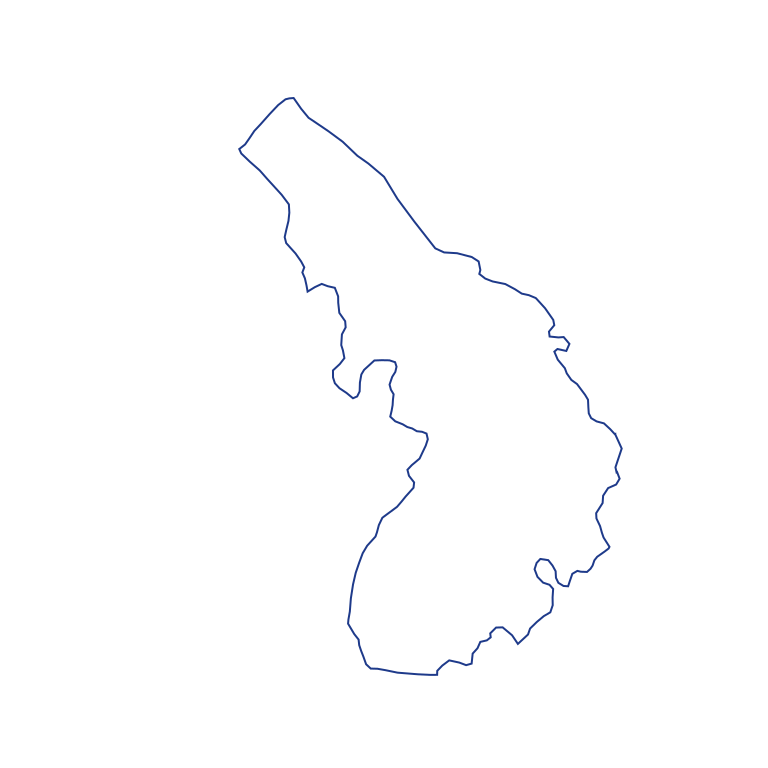 outline of Berg, Jämtland, Sweden, rotated 55°
{"feature_id": "70781695B75500523526502", "entity_name": "Berg", "entity_type": "district", "adm_level": 2, "iso_a3": "SWE", "parent_name": "Sweden", "parent_adm1": "Jämtland", "projection": "mercator", "projection_center": [13.824, 62.694], "detail": "fine", "context": "isolated", "style": "outline", "palette": "blue", "viewbox_px": 768, "rotation_deg": 55, "n_neighbors": 0, "source": "geoboundaries", "source_scale": "gbopen_adm2", "svg_char_len": 2943}
<svg xmlns="http://www.w3.org/2000/svg" viewBox="0 0 768 768"><g transform="rotate(55 384 384)"><path d="M97.9,294.0L95.7,297.8L94.3,301.4L94.8,310.7L97.3,322.9L100.4,335.9L102.3,345.0L105.6,353.5L108.1,360.4L108.5,367.8L113.3,368.7L124.9,366.4L137.8,363.3L149.4,362.0L170.3,359.3L182.3,358.9L189.4,363.3L195.6,368.7L201.4,375.3L206.7,381.1L212.5,383.3L226.3,381.6L236.1,381.6L242.7,382.4L245.8,386.9L252.1,388.2L258.7,390.9L264.5,393.6L265.0,385.1L266.3,377.6L271.6,374.0L277.0,369.1L285.9,371.3L291.2,374.9L300.1,379.8L310.3,379.8L315.6,382.9L319.2,390.0L327.6,396.7L333.0,398.4L340.1,401.6L342.3,408.7L343.6,418.0L349.4,422.0L355.2,423.8L361.9,422.9L369.9,419.8L377.9,417.6L378.8,413.1L376.1,408.2L369.0,402.9L363.2,397.1L361.0,392.2L359.2,378.4L363.2,372.2L367.7,366.0L372.5,362.4L377.0,363.8L380.6,367.8L382.8,373.1L385.4,376.7L387.7,379.8L392.6,381.6L397.9,382.0L401.9,385.6L406.3,389.1L410.3,393.1L414.3,397.6L421.0,396.2L427.7,391.8L432.6,389.6L436.6,386.4L441.5,384.2L445.0,380.2L449.0,377.6L454.4,379.8L458.4,385.1L462.4,392.2L465.5,397.6L466.4,407.8L467.7,414.0L473.5,416.2L481.9,415.8L485.9,419.3L488.6,430.9L490.4,437.1L492.1,443.8L492.6,462.0L496.6,469.1L501.5,474.9L504.1,478.5L506.8,490.5L510.4,498.5L516.2,506.9L522.4,515.4L530.4,524.3L540.6,534.1L550.8,542.5L556.6,548.3L559.7,550.9L571.7,551.8L578.8,551.4L583.7,554.1L589.5,555.8L595.3,557.2L603.3,559.4L609.5,558.1L613.5,552.7L619.3,546.9L628.2,538.5L641.1,522.9L648.6,513.2L652.7,507.3L649.5,504.9L648.1,497.8L647.8,489.1L655.4,482.1L661.4,478.0L663.3,472.6L659.5,469.3L655.7,466.0L654.1,459.0L650.5,453.0L653.0,446.8L652.7,441.9L649.2,440.0L647.8,431.9L651.4,426.4L663.3,423.2L673.7,423.4L671.8,409.7L668.1,404.6L666.6,395.4L665.8,386.3L666.4,378.7L662.0,372.7L655.5,368.3L648.9,363.0L643.4,363.6L638.0,367.6L630.0,368.9L622.1,366.9L618.1,361.6L617.0,356.3L622.5,350.5L629.4,350.1L635.8,350.8L641.4,354.3L646.9,355.2L652.4,352.8L655.3,349.2L652.0,344.8L647.5,338.6L648.0,332.8L650.7,330.4L654.4,325.5L653.8,320.8L652.4,317.3L649.1,312.8L647.8,308.4L647.8,299.8L647.6,294.4L646.7,292.7L635.7,292.2L630.8,290.8L624.3,288.5L616.0,287.1L611.5,284.3L606.9,273.2L601.2,268.6L597.8,260.1L599.5,251.5L596.7,245.3L588.7,243.3L588.6,243.2L588.9,243.8L585.0,242.2L574.4,227.9L573.2,226.3L558.1,223.5L557.6,223.2L557.5,223.7L550.8,224.6L542.4,226.4L536.6,231.3L530.8,233.9L525.5,233.1L520.2,229.9L513.9,225.9L508.2,225.5L494.8,225.9L488.1,228.2L480.1,228.2L474.8,226.8L463.7,227.7L455.2,225.9L454.8,221.9L461.5,215.7L457.5,209.1L448.6,209.9L445.9,214.4L440.1,221.1L435.7,218.8L433.5,210.8L428.6,208.6L414.3,208.6L401.8,210.2L400.6,210.4L394.3,214.4L389.0,219.3L381.4,222.4L371.7,227.3L362.3,236.2L355.7,240.6L348.5,242.8L345.9,239.7L337.9,236.2L330.3,239.3L318.8,249.1L310.7,259.3L302.3,264.2L268.5,266.0L240.1,266.8L214.3,265.1L194.3,270.4L181.8,274.9L161.8,278.9L144.9,284.6L132.0,289.5L122.7,293.1L111.1,294.0L97.9,294.0Z" fill="none" stroke="#1e3a8a" stroke-width="2"/></g></svg>